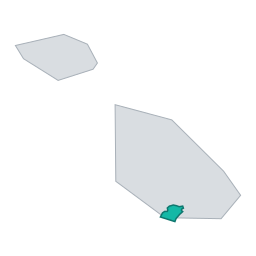 Qrendi highlighted on a map of Malta
{"feature_id": "MLT-5972", "entity_name": "Qrendi", "entity_type": "state/province", "adm_level": 1, "iso_a3": "MLT", "parent_name": "Malta", "parent_adm1": "", "projection": "mercator", "projection_center": [14.452, 35.828], "detail": "fine", "context": "in_parent", "style": "filled", "palette": "teal", "viewbox_px": 256, "rotation_deg": 0, "n_neighbors": 0, "source": "natural_earth", "source_scale": "10m", "svg_char_len": 623}
<svg xmlns="http://www.w3.org/2000/svg" viewBox="0 0 256 256"><path d="M240.6,195.3L221.1,218.7L164.9,217.7L115.8,181.3L115.1,104.7L171.8,119.9L223.6,171.2L240.6,195.3ZM93.1,69.2L58.1,80.4L23.5,58.7L15.4,45.5L63.8,34.4L87.4,44.2L97.4,63.0L93.1,69.2Z" fill="#d9dde1" stroke="#a8b0b8" stroke-width="1"/><path d="M174.9,221.6L160.4,217.0L162.5,212.9L164.7,211.4L167.3,211.4L167.8,210.1L167.3,208.0L169.4,206.1L171.1,205.7L173.2,205.0L176.5,205.7L179.2,206.7L182.7,206.1L183.4,208.2L181.6,209.1L181.5,210.6L182.7,211.6L181.3,212.9L179.6,214.4L176.1,218.5L174.9,221.6Z" fill="#14b8a6" stroke="#0f766e" stroke-width="1.5"/></svg>